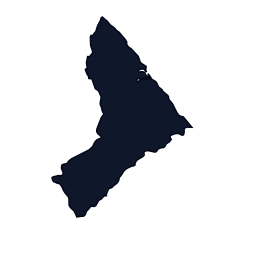 Alagoas, Robinson projection, rotated 286°
{"feature_id": "BRA-623", "entity_name": "Alagoas", "entity_type": "State", "adm_level": 1, "iso_a3": "BRA", "parent_name": "Brazil", "parent_adm1": "", "projection": "robinson", "projection_center": [-36.639, -9.667], "detail": "fine", "context": "isolated", "style": "filled", "palette": "ink", "viewbox_px": 256, "rotation_deg": 286, "n_neighbors": 0, "source": "natural_earth", "source_scale": "10m", "svg_char_len": 3628}
<svg xmlns="http://www.w3.org/2000/svg" viewBox="0 0 256 256"><g transform="rotate(286 128 128)"><path d="M227.6,72.7L225.0,78.4L222.2,82.5L220.4,87.4L218.5,90.3L217.5,93.2L211.9,101.5L210.4,102.8L210.4,102.3L208.9,103.1L207.3,104.5L206.1,106.0L205.5,107.6L205.3,108.7L200.1,117.4L199.6,118.1L196.5,120.4L194.7,121.4L193.6,123.7L192.2,128.4L191.4,128.5L190.7,128.8L189.2,128.9L188.6,129.1L188.1,129.4L186.9,130.4L187.9,128.6L188.8,127.4L189.0,126.1L187.8,123.8L187.2,123.1L186.4,122.2L185.5,121.9L184.7,122.9L184.9,123.4L185.8,125.2L186.1,126.2L186.1,128.1L185.9,128.9L185.4,129.2L184.9,129.4L182.1,132.7L181.8,132.9L181.1,131.7L180.6,130.2L180.5,129.4L178.5,125.9L178.7,124.9L177.8,123.7L176.4,123.0L175.0,123.8L175.7,125.1L177.6,126.4L178.5,127.4L178.9,128.3L180.4,134.0L180.8,134.5L181.6,134.8L181.8,134.5L181.9,133.8L182.1,133.4L184.3,133.0L185.2,132.7L185.6,131.9L184.8,133.7L181.5,137.3L180.2,141.8L178.8,143.5L175.9,146.0L174.3,149.9L173.9,150.5L173.1,151.0L172.5,152.1L170.3,157.1L169.4,158.2L166.8,159.3L163.5,164.1L156.4,170.6L154.5,172.9L154.0,174.2L153.8,175.9L153.8,176.8L154.0,177.3L154.0,177.6L153.8,178.2L146.3,189.2L145.9,187.7L145.1,184.4L144.7,183.7L143.3,182.5L142.7,182.2L139.0,183.2L136.8,183.2L136.1,182.5L136.1,180.9L136.6,178.2L136.3,176.7L135.7,175.3L134.9,173.9L132.6,171.0L131.7,170.7L130.4,171.2L129.2,172.5L128.8,172.7L128.3,172.5L125.8,171.4L124.1,169.7L123.3,169.1L120.8,168.6L119.5,168.1L118.9,167.3L118.5,166.1L117.7,164.6L116.7,163.3L115.8,162.6L113.4,161.8L112.5,161.1L112.2,159.8L111.8,153.5L111.3,152.2L110.4,150.8L109.2,150.0L108.0,150.3L106.7,151.0L105.4,150.6L104.3,149.9L100.5,146.2L98.8,145.1L96.3,144.5L95.6,144.6L94.9,144.8L94.2,144.8L93.4,144.2L93.1,143.7L92.5,142.4L92.1,141.7L88.9,138.1L87.5,137.0L85.0,135.7L79.9,134.2L77.8,133.0L76.3,133.5L74.6,133.4L73.0,133.0L71.6,132.4L68.2,129.8L66.3,128.9L64.5,126.4L62.9,125.9L58.4,125.4L57.0,125.9L56.2,123.9L54.2,122.7L52.2,121.7L51.2,120.6L50.3,119.8L44.5,118.4L43.8,117.7L43.2,116.7L42.9,115.5L42.8,114.1L42.2,113.7L38.8,112.3L37.9,111.7L36.9,111.2L35.8,110.9L33.4,110.8L32.7,110.6L31.9,110.3L31.3,109.8L30.8,109.3L30.7,109.1L30.6,108.7L30.4,107.8L28.4,103.3L31.4,101.0L33.7,98.6L35.1,95.7L36.2,94.0L37.0,93.2L37.7,92.6L40.1,91.9L43.8,90.7L45.6,89.5L47.9,85.9L50.2,83.2L52.5,81.4L54.3,79.6L55.1,78.4L55.5,77.4L55.6,76.6L55.5,75.4L55.5,74.6L55.9,72.7L55.9,71.9L55.9,71.3L56.4,70.6L58.4,69.0L59.2,68.7L59.8,68.9L61.0,70.4L61.3,71.0L61.5,71.6L61.8,72.2L63.0,73.8L63.2,74.5L63.3,75.3L63.4,76.1L63.7,76.7L64.1,77.4L64.8,77.9L65.6,78.2L66.7,78.2L67.6,77.8L70.3,75.6L71.1,75.1L71.9,74.9L73.4,74.8L74.6,74.9L75.7,76.6L76.5,78.2L77.0,78.9L77.6,79.4L79.2,79.9L79.9,80.2L82.8,82.2L96.4,96.8L100.0,98.9L100.8,99.2L104.8,99.9L106.5,100.5L108.2,101.5L110.4,104.2L111.0,104.8L112.1,105.1L114.4,100.4L116.0,98.9L117.5,98.5L119.0,98.4L130.5,99.5L131.3,99.7L131.9,99.9L133.5,100.6L134.5,100.8L135.3,100.5L135.9,100.0L136.5,99.3L137.9,98.2L140.1,97.1L142.4,95.3L143.5,94.6L144.3,94.4L150.3,93.8L155.6,89.5L155.9,88.4L156.5,87.1L156.7,86.0L157.3,85.4L164.8,80.1L165.3,79.5L165.5,79.2L165.4,78.9L165.3,78.5L165.0,77.9L164.8,77.4L164.8,76.8L165.3,76.5L166.9,75.8L168.2,74.1L171.7,71.3L172.3,71.1L172.9,71.0L173.7,72.0L174.5,72.2L175.4,71.9L178.4,70.4L180.2,69.9L183.2,69.8L184.6,69.5L185.5,69.5L185.8,69.9L185.7,70.5L185.8,71.2L186.4,71.7L187.7,72.0L189.4,72.9L190.6,73.2L191.4,73.1L192.1,72.8L196.7,69.6L197.8,69.1L204.2,67.0L205.7,66.8L206.7,66.9L206.8,67.3L206.9,67.7L207.0,68.2L207.4,68.6L207.9,68.9L210.1,69.6L211.9,70.5L217.7,70.6L224.0,71.9L226.0,71.8L226.6,72.0L227.6,72.7L227.6,72.7Z" fill="#0f172a" stroke="#020617" stroke-width="1.5"/></g></svg>